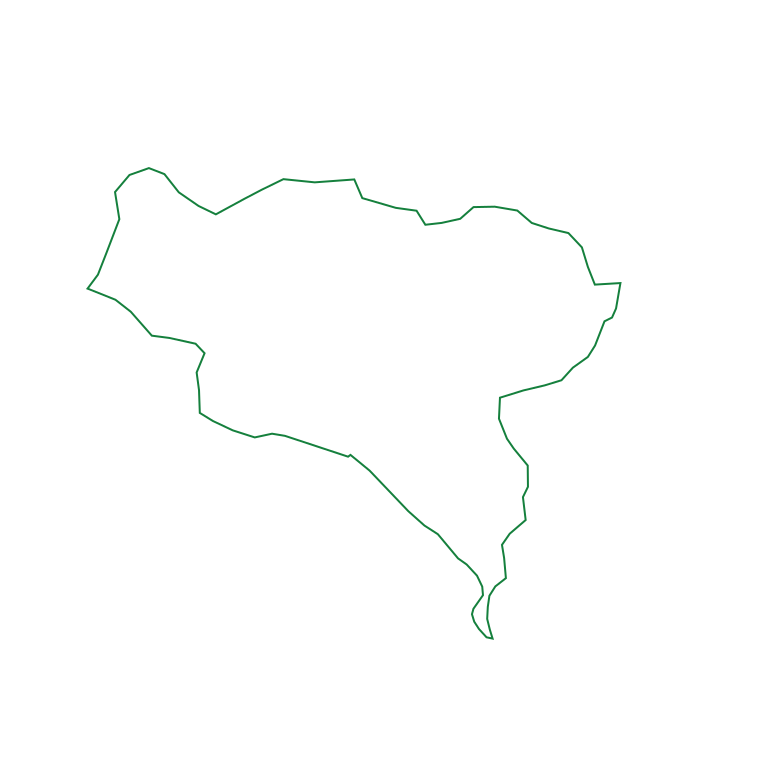 the district of Boseong-gun, South Jeolla, South Korea, rotated 73°
{"feature_id": "91817680B27152027053647", "entity_name": "Boseong-gun", "entity_type": "district", "adm_level": 2, "iso_a3": "KOR", "parent_name": "South Korea", "parent_adm1": "South Jeolla", "projection": "orthographic", "projection_center": [127.199, 34.814], "detail": "fine", "context": "isolated", "style": "outline", "palette": "green", "viewbox_px": 768, "rotation_deg": 73, "n_neighbors": 0, "source": "geoboundaries", "source_scale": "gbopen_adm2", "svg_char_len": 1257}
<svg xmlns="http://www.w3.org/2000/svg" viewBox="0 0 768 768"><g transform="rotate(73 384 384)"><path d="M179.7,352.6L170.9,391.3L158.7,420.3L162.4,443.7L166.1,463.4L172.6,495.2L159.5,509.3L140.7,524.2L119.1,532.6L108.8,545.7L109.7,566.3L121.8,585.1L149.0,588.9L178.0,611.5L195.8,625.6L206.1,639.6L224.9,616.2L240.9,605.0L269.9,591.9L277.2,575.8L290.4,552.4L302.1,546.6L318.2,559.8L335.8,562.7L357.8,568.6L369.5,558.3L384.1,542.2L397.3,523.2L398.8,505.6L404.6,493.9L443.0,439.6L442.0,436.8L462.6,423.1L512.8,397.9L531.2,386.7L543.4,376.4L561.2,368.9L572.4,364.2L580.8,357.7L594.5,351.1L606.5,349.3L614.9,351.1L625.1,364.2L629.9,367.2L637.7,367.2L646.1,364.8L656.2,360.0L659.2,354.6L649.6,354.6L638.8,354.0L627.5,349.9L617.3,345.1L610.1,336.7L605.3,324.2L585.5,320.0L572.3,318.2L563.9,307.5L555.5,288.3L532.8,284.2L524.4,276.4L504.0,270.4L483.7,278.8L472.3,282.4L450.8,284.2L431.0,277.1L430.9,252.6L432.3,230.7L432.3,213.2L423.6,198.6L417.7,181.1L408.9,170.9L388.5,154.8L387.1,146.5L379.6,140.0L356.6,128.4L350.6,153.3L331.6,154.8L311.2,154.8L293.6,163.5L283.4,181.0L273.2,195.6L257.1,205.8L246.8,226.3L241.0,246.7L248.3,262.8L246.8,281.8L243.8,297.9L227.8,302.2L219.0,321.2L199.9,350.4L179.7,352.6Z" fill="none" stroke="#15803d" stroke-width="2"/></g></svg>